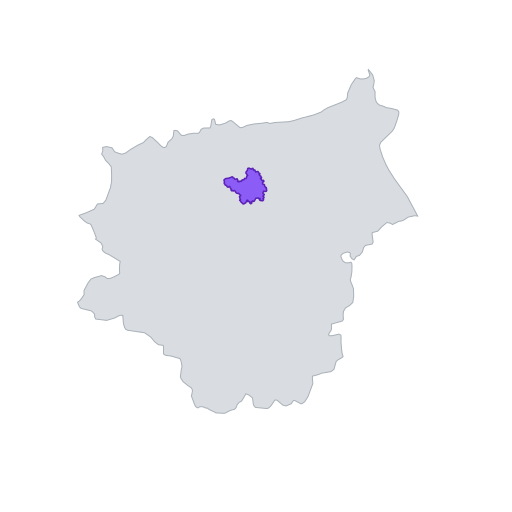 Salihorsk, Minsk, Belarus (highlighted), rotated 160°
{"feature_id": "67162791B12460087089540", "entity_name": "Salihorsk", "entity_type": "district", "adm_level": 2, "iso_a3": "BLR", "parent_name": "Belarus", "parent_adm1": "Minsk", "projection": "albers", "projection_center": [27.47, 52.67], "detail": "fine", "context": "in_parent", "style": "filled", "palette": "violet", "viewbox_px": 512, "rotation_deg": 160, "n_neighbors": 0, "source": "geoboundaries", "source_scale": "gbopen_adm2", "svg_char_len": 8877}
<svg xmlns="http://www.w3.org/2000/svg" viewBox="0 0 512 512"><g transform="rotate(160 256 256)"><path d="M408.4,354.7L400.9,354.7L392.0,355.3L387.2,359.1L381.7,357.7L377.9,359.9L369.5,369.9L366.3,375.2L363.3,383.4L361.5,389.3L362.8,393.4L364.6,397.2L365.2,401.3L366.2,404.5L364.1,407.0L362.9,410.5L359.1,410.0L354.3,406.9L353.2,402.3L349.5,399.1L347.1,397.5L343.2,397.4L337.1,399.1L329.1,400.6L323.0,401.1L319.7,402.8L314.9,404.6L312.9,402.7L310.1,397.4L307.7,392.1L306.1,389.8L304.8,389.2L303.1,389.4L301.3,391.1L299.9,392.9L294.9,395.0L292.7,396.9L290.3,401.9L288.7,401.6L287.0,400.5L284.9,395.0L282.3,393.8L278.0,393.8L272.7,392.7L268.4,391.1L266.8,391.5L264.3,393.8L261.6,394.2L255.5,392.1L254.3,393.1L250.9,399.2L249.2,399.5L248.3,398.7L248.8,393.4L245.3,391.6L239.4,391.3L235.2,392.1L233.2,391.9L232.2,390.8L227.1,382.0L224.5,381.4L219.7,381.8L212.6,380.7L204.4,378.6L200.0,377.8L197.7,375.8L192.7,375.0L179.3,371.0L173.8,370.3L165.7,370.0L153.4,368.8L145.5,369.0L141.8,370.1L137.6,370.8L122.9,371.2L117.6,372.0L116.0,373.8L114.1,377.8L107.8,384.5L101.6,388.9L100.6,389.2L97.2,386.6L94.4,385.6L91.1,385.2L88.6,385.8L87.1,386.9L87.0,392.4L86.6,392.8L84.4,386.2L84.9,380.4L86.5,377.2L88.4,374.3L87.9,369.8L90.0,363.9L90.3,359.6L89.6,357.7L88.3,355.5L84.7,352.9L83.1,351.0L78.1,348.2L73.2,344.8L72.5,342.9L72.8,341.6L73.8,339.7L78.0,334.1L82.5,328.8L85.3,326.7L99.8,320.2L102.1,317.8L102.9,313.6L103.1,305.0L102.6,297.2L101.8,291.7L99.6,281.4L93.5,260.1L90.4,238.2L93.1,239.6L99.6,240.5L104.9,239.2L107.6,239.2L110.0,239.7L116.9,238.9L118.6,240.9L121.5,242.7L127.7,240.5L133.1,237.7L138.7,238.2L139.5,236.7L141.1,229.1L142.8,227.5L149.4,228.5L151.9,227.2L154.6,223.5L158.5,221.2L161.8,221.3L165.2,218.8L166.8,220.6L167.6,223.8L166.4,226.3L166.8,227.3L169.1,228.6L173.2,228.7L175.8,227.7L176.4,226.3L176.4,223.6L175.9,221.2L174.2,219.0L171.1,217.8L168.9,217.7L168.5,216.4L169.3,213.5L171.4,208.2L174.0,203.5L175.5,201.7L175.8,200.0L175.6,197.1L175.6,191.9L178.0,184.6L181.0,179.2L184.9,177.5L189.6,176.6L192.7,174.1L194.2,171.1L195.6,166.4L197.1,165.4L208.4,166.2L210.1,161.5L211.1,160.2L213.3,158.8L214.8,157.2L214.3,155.9L211.4,155.0L204.7,154.2L203.3,152.6L203.8,150.7L205.6,145.9L207.4,139.6L208.4,134.8L208.5,131.9L209.5,131.2L214.9,130.3L216.8,129.4L221.5,122.8L225.1,121.7L234.3,123.4L238.6,123.3L243.9,123.8L244.4,123.1L246.3,116.6L255.3,106.0L260.1,102.4L263.2,101.5L264.3,101.7L269.2,107.2L270.3,107.4L273.5,105.1L279.1,104.8L281.8,106.7L285.6,113.4L287.5,114.2L292.9,110.3L295.9,108.9L297.9,108.9L308.3,113.9L309.1,115.6L309.2,117.6L307.8,123.8L310.0,127.5L312.6,130.0L317.8,125.6L319.7,124.4L321.9,124.3L324.7,122.6L326.7,120.2L328.6,119.3L332.5,119.7L339.3,118.9L347.4,122.3L348.2,123.4L352.4,127.6L353.8,129.7L355.2,130.3L357.4,132.4L360.3,133.6L362.3,133.1L363.3,133.7L364.3,135.4L364.5,138.2L364.6,146.4L361.9,150.8L361.6,152.3L361.8,154.1L364.3,157.5L367.5,162.8L368.3,166.0L368.4,168.3L364.7,175.5L363.4,177.2L362.7,180.7L362.3,184.3L362.7,185.7L369.8,190.9L375.0,193.7L376.2,195.1L376.3,196.0L374.0,202.1L373.8,203.8L378.0,206.0L380.4,209.8L382.8,216.1L387.0,222.0L402.0,230.1L403.4,231.6L403.9,233.5L403.7,237.7L401.5,245.8L404.1,246.8L410.5,246.1L418.4,246.6L428.2,251.6L428.4,254.1L427.6,256.5L428.4,258.8L429.6,260.8L438.2,266.5L439.2,268.3L439.5,271.4L439.5,273.6L437.2,274.2L434.8,275.5L430.8,278.5L429.4,282.4L423.1,288.1L419.1,290.7L415.8,291.0L407.8,290.4L404.9,288.0L403.6,285.7L400.6,284.8L396.5,285.0L391.0,285.7L389.9,286.5L389.2,289.4L387.1,294.5L385.5,297.4L393.1,306.9L396.9,310.8L398.2,313.2L398.3,315.0L396.7,317.2L397.2,321.3L401.0,326.7L399.8,327.6L399.9,334.4L400.3,341.7L401.4,343.4L403.3,344.7L405.1,347.2L408.1,353.1L408.4,354.7Z" fill="#d9dde1" stroke="#a8b0b8" stroke-width="1"/><path d="M260.7,333.3L260.4,333.0L260.2,332.9L260.0,332.6L259.8,332.4L259.7,332.2L259.5,331.8L259.5,331.5L259.5,331.2L259.4,331.0L259.2,330.7L258.8,330.2L258.4,330.2L258.0,330.3L257.7,330.3L257.4,330.4L257.0,330.3L256.9,330.0L256.8,329.7L256.9,329.3L256.9,328.9L256.8,328.4L256.6,328.0L256.6,327.6L256.4,327.2L256.6,326.8L256.8,326.8L256.9,326.5L256.8,326.3L256.8,326.2L256.8,325.9L256.7,325.7L256.3,325.5L256.1,325.6L256.0,325.8L255.8,325.7L255.6,325.5L255.5,325.3L255.4,325.2L255.2,324.9L254.7,324.8L254.4,324.9L254.2,324.9L253.8,324.8L253.6,324.5L253.4,324.2L253.3,323.7L253.3,323.3L253.3,323.0L253.1,322.4L252.9,322.0L252.7,321.7L252.1,321.2L251.6,321.0L251.3,321.0L251.0,320.9L250.8,320.7L250.7,320.4L250.7,320.1L250.6,319.8L250.3,319.4L250.2,319.2L250.0,318.9L249.8,318.6L249.6,318.4L249.6,318.2L249.8,317.9L250.3,317.8L250.6,317.8L251.1,317.6L251.2,317.4L251.3,317.0L251.3,316.6L251.3,316.2L251.4,315.6L251.4,315.4L251.2,315.0L251.2,314.8L251.2,314.6L251.3,314.4L251.5,314.3L251.8,314.3L252.1,314.2L252.3,313.8L252.1,313.6L251.8,313.3L251.7,312.9L251.7,312.7L251.8,312.4L251.8,312.2L251.6,311.9L251.4,311.6L251.2,311.3L251.0,310.8L250.9,310.4L250.7,309.9L250.4,309.5L250.2,309.3L250.1,309.2L249.6,309.1L249.1,309.2L248.7,309.4L248.3,309.5L248.2,309.4L247.9,309.3L247.4,309.5L247.2,309.8L246.8,310.1L246.4,310.5L246.0,310.8L245.7,311.2L245.5,311.3L245.2,311.5L244.9,311.3L244.7,311.2L244.6,310.9L244.7,310.7L244.9,310.5L245.1,310.4L245.2,310.1L245.0,309.8L244.8,309.8L244.5,309.7L244.2,309.7L243.9,309.5L243.6,309.3L243.4,309.2L243.2,308.8L243.3,308.6L243.4,308.3L243.6,308.1L243.6,307.9L243.6,307.6L243.4,307.4L243.3,307.2L243.2,307.0L242.9,306.9L242.7,306.9L242.5,307.1L242.2,307.2L241.9,307.2L241.7,307.5L241.6,307.8L241.6,308.1L241.6,308.3L241.4,308.5L241.2,308.6L240.9,308.6L240.5,308.7L240.3,308.7L240.1,308.8L239.9,308.6L239.8,308.2L239.6,308.1L239.2,308.1L238.9,308.2L238.6,308.3L238.3,308.6L238.1,308.8L237.8,309.2L237.2,309.6L237.0,309.8L236.7,310.1L236.5,310.3L236.1,310.3L235.9,310.2L235.6,310.1L235.1,310.0L234.9,309.9L234.6,309.9L234.4,309.9L234.2,309.9L234.1,309.7L234.0,309.4L233.9,309.1L233.7,308.8L233.4,308.7L233.1,308.7L233.0,308.8L232.8,308.8L232.6,308.8L232.5,308.6L232.5,308.4L232.7,308.1L233.0,307.9L233.2,307.6L233.4,307.5L233.4,307.2L233.1,306.9L232.8,306.6L232.5,306.4L232.1,306.2L231.8,306.1L231.5,305.9L231.2,305.8L230.9,305.6L230.5,305.7L230.3,305.9L230.0,306.0L229.8,306.1L229.6,306.4L229.6,306.5L229.7,306.9L229.8,307.1L229.8,307.5L229.6,307.7L229.3,307.9L229.0,307.9L228.6,308.0L228.4,308.4L228.4,308.6L228.7,309.1L228.9,309.4L229.0,309.7L228.9,310.0L228.4,310.1L228.2,310.2L227.7,310.5L227.2,311.0L227.3,311.3L227.5,311.6L227.8,311.8L228.0,312.1L228.1,312.4L228.0,312.7L227.8,313.1L227.5,313.3L227.3,313.6L227.1,314.0L226.8,314.2L226.5,314.3L226.4,314.2L226.2,314.0L226.1,313.8L225.9,313.7L225.6,313.6L225.3,313.6L225.0,313.5L224.9,313.5L224.6,313.3L224.3,313.3L224.1,313.4L223.8,313.6L223.6,313.8L223.5,314.0L223.4,314.6L223.3,315.1L223.2,315.4L223.0,316.0L223.0,316.4L223.0,316.6L223.4,316.7L223.3,317.1L223.4,317.6L223.6,317.7L223.9,318.0L224.0,318.4L224.0,318.9L223.8,319.3L223.7,319.8L223.7,320.2L224.1,320.6L224.5,320.8L224.9,320.9L225.1,321.4L225.0,322.0L224.7,322.6L224.4,322.9L223.7,323.1L223.4,323.2L223.1,323.4L223.1,323.5L223.0,324.1L223.1,324.5L223.5,324.6L223.9,324.5L224.1,324.5L224.4,324.7L224.6,325.2L224.6,325.6L224.6,325.9L224.8,326.3L225.1,326.7L225.3,327.0L225.3,327.3L225.1,327.4L224.6,327.6L224.2,327.5L223.9,328.0L224.1,328.4L224.3,328.7L224.3,329.0L224.2,329.4L224.4,329.7L224.7,330.0L225.0,330.2L225.1,330.6L225.1,330.9L225.2,331.3L225.0,331.5L224.6,331.7L224.2,331.8L224.2,332.0L224.3,332.3L224.6,332.4L224.7,332.6L224.9,332.9L225.0,333.5L225.1,334.1L225.1,334.4L225.3,334.7L225.8,334.9L226.0,335.0L226.4,335.0L226.7,335.0L227.3,335.0L227.5,335.0L227.6,335.4L227.6,335.8L227.6,336.2L227.7,336.6L227.7,336.8L227.7,337.2L228.0,337.4L228.4,337.4L228.8,337.4L228.9,337.7L228.8,338.4L229.0,338.9L229.0,339.4L229.5,339.6L230.5,339.4L230.9,339.4L231.2,339.5L231.4,339.9L231.8,340.2L231.9,340.5L232.1,340.7L232.7,340.9L233.3,341.2L234.0,340.9L234.2,340.4L234.5,339.9L234.8,339.5L235.1,339.2L235.6,339.0L236.4,338.5L236.8,338.1L237.0,337.5L237.1,337.0L236.8,336.3L236.5,335.7L236.4,335.2L236.3,334.6L236.5,334.4L237.1,334.4L237.5,334.1L237.7,333.6L237.9,333.2L238.3,332.8L238.6,332.5L239.0,332.3L239.5,332.5L240.2,332.8L240.5,332.6L240.9,332.1L241.2,331.8L241.6,331.8L242.2,332.1L242.6,332.2L242.9,332.2L243.6,331.9L243.8,331.6L244.0,331.3L244.3,331.2L244.6,331.2L245.0,331.6L245.3,331.9L245.8,331.8L245.9,331.7L246.3,331.5L247.0,331.6L247.5,332.0L247.5,332.3L247.7,332.5L247.2,332.9L247.0,333.3L247.3,333.6L247.4,334.3L247.3,334.9L247.6,335.1L248.2,335.1L248.6,335.0L249.4,335.3L249.7,335.5L249.8,336.3L250.0,336.7L250.4,336.9L250.8,337.3L250.8,337.7L250.8,338.1L250.9,338.3L251.6,338.6L252.6,338.5L253.9,338.5L254.9,338.5L255.5,338.6L256.4,338.7L257.3,339.0L258.2,339.1L259.1,338.8L259.7,338.6L260.1,338.3L260.3,337.6L260.2,337.1L260.2,336.7L260.5,336.0L260.9,335.6L261.0,335.2L261.0,334.6L260.7,334.2L260.6,333.6L260.7,333.3Z" fill="#8b5cf6" stroke="#5b21b6" stroke-width="1.5"/></g></svg>